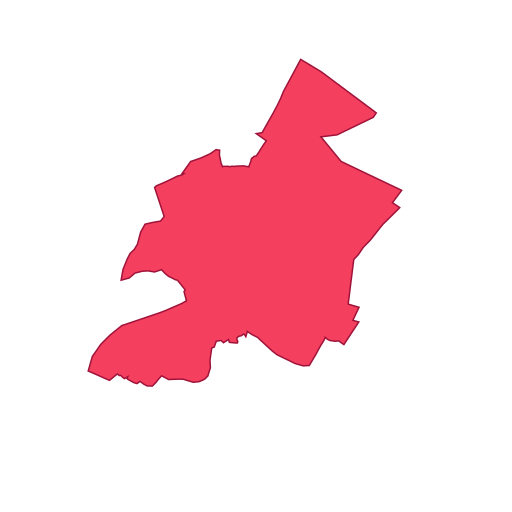 the district of Morogoro Urban, Morogoro, United Republic of Tanzania, rotated 34°
{"feature_id": "72390352B88942039906388", "entity_name": "Morogoro Urban", "entity_type": "district", "adm_level": 2, "iso_a3": "TZA", "parent_name": "United Republic of Tanzania", "parent_adm1": "Morogoro", "projection": "orthographic", "projection_center": [37.659, -6.786], "detail": "fine", "context": "isolated", "style": "filled", "palette": "rose", "viewbox_px": 512, "rotation_deg": 34, "n_neighbors": 0, "source": "geoboundaries", "source_scale": "gbopen_adm2", "svg_char_len": 3368}
<svg xmlns="http://www.w3.org/2000/svg" viewBox="0 0 512 512"><g transform="rotate(34 256 256)"><path d="M275.7,70.1L207.2,66.8L183.1,68.0L184.0,77.0L186.7,103.9L187.5,108.0L188.3,111.6L189.4,119.2L190.3,127.8L191.3,140.7L192.1,150.3L187.8,154.4L200.1,154.7L200.0,158.8L200.1,163.6L200.1,165.5L200.3,168.1L200.2,169.5L200.3,172.7L199.5,173.6L198.5,174.8L198.5,175.9L197.9,176.9L197.9,177.6L198.0,178.8L198.5,179.7L198.9,180.9L198.9,181.2L199.4,183.0L199.8,185.0L200.2,186.1L197.8,187.1L195.9,188.0L194.7,188.6L192.9,190.0L190.9,191.4L188.7,193.1L188.1,193.8L187.3,194.2L186.0,194.9L184.2,196.7L182.6,197.3L180.5,198.8L179.2,199.6L178.3,200.7L174.8,198.3L171.9,195.3L169.6,193.2L168.1,191.0L166.7,188.6L163.4,190.2L160.8,196.9L155.6,205.4L149.6,213.4L149.0,214.1L148.9,217.0L148.8,220.9L148.6,228.9L150.1,228.0L149.5,229.7L149.4,230.0L146.1,233.8L142.8,239.6L138.9,246.2L136.5,249.9L134.2,253.4L134.2,253.5L133.6,255.9L157.8,274.6L157.3,280.5L155.7,282.0L151.0,286.5L146.2,291.7L147.0,300.7L148.2,304.2L151.1,312.5L151.4,318.6L150.7,321.9L150.2,324.1L150.5,326.9L150.9,330.4L151.4,332.8L152.6,338.4L153.2,341.3L155.1,345.7L157.7,351.5L163.2,345.1L164.0,342.3L165.2,337.9L168.8,333.8L170.4,332.1L171.4,331.3L175.0,328.6L180.1,326.3L180.7,326.1L182.6,323.7L185.3,320.2L190.2,321.3L193.0,321.6L195.5,321.7L197.6,321.3L200.4,321.0L202.3,320.8L204.4,320.0L211.2,322.1L216.3,323.7L216.3,323.8L216.2,325.7L216.7,326.1L216.8,326.3L218.1,327.4L222.2,331.0L223.3,332.0L223.3,331.9L223.4,332.0L222.9,333.0L220.8,337.2L210.8,352.8L207.6,357.3L199.9,367.4L196.9,371.4L190.4,379.9L183.7,388.6L183.4,389.5L179.3,402.8L178.3,407.8L176.7,416.2L176.6,426.7L176.5,429.0L176.5,430.8L178.5,437.0L180.7,443.6L181.2,445.2L188.1,443.9L201.7,441.5L204.1,441.0L207.0,431.3L209.5,431.6L210.5,430.6L213.0,431.1L215.4,431.3L217.2,427.8L217.5,429.7L219.1,429.9L225.5,429.3L228.7,428.3L230.0,424.8L234.4,425.0L238.4,424.6L241.2,422.8L242.8,421.8L243.7,417.1L244.0,413.2L244.7,408.2L244.9,408.1L252.6,407.3L260.9,401.2L264.5,398.9L271.3,396.8L274.5,395.8L275.5,395.0L278.9,392.2L281.0,389.1L282.3,386.8L282.6,385.4L283.2,382.4L282.8,381.2L281.7,377.7L280.7,374.2L276.0,367.9L274.8,365.4L270.7,356.9L272.3,354.9L270.7,348.8L274.0,345.9L274.4,345.5L277.5,346.1L279.9,340.6L282.2,342.5L284.1,341.5L287.0,339.9L289.1,338.7L288.9,337.3L286.6,335.6L285.9,334.5L286.8,332.0L288.5,330.2L289.4,327.6L289.5,327.5L290.5,327.6L292.7,328.6L291.1,323.6L291.0,323.4L291.3,323.4L296.6,323.4L302.7,322.6L303.6,322.7L305.0,323.0L322.7,325.7L328.7,326.1L328.8,326.1L333.5,325.4L340.5,324.4L342.3,324.1L344.2,323.9L348.5,323.3L356.5,320.7L361.4,317.0L361.3,314.9L360.9,308.2L360.7,304.2L360.1,298.4L359.7,294.1L359.7,293.0L359.6,289.8L359.4,287.1L358.8,284.7L361.1,285.1L362.8,285.0L365.3,284.5L366.4,283.7L368.9,282.7L370.2,281.6L372.3,280.0L373.5,280.2L377.0,280.3L377.7,280.3L378.4,280.3L378.4,280.2L378.2,263.5L378.2,259.4L378.1,253.2L372.3,255.2L370.8,245.6L370.1,240.9L364.2,242.8L359.3,244.3L356.3,238.3L353.8,233.4L353.0,231.8L351.7,229.3L350.9,227.7L349.2,224.4L347.5,221.0L339.0,204.2L340.1,197.8L340.1,197.4L340.1,188.9L341.9,178.9L342.3,174.0L343.3,160.2L343.4,159.8L343.4,159.1L344.5,153.8L345.3,149.8L347.9,136.8L348.1,135.5L339.3,135.5L340.0,121.4L340.0,120.1L294.7,126.9L273.7,130.0L243.2,120.9L255.5,110.2L258.2,105.5L275.7,75.4L275.7,70.1Z" fill="#f43f5e" stroke="#9f1239" stroke-width="1.5"/></g></svg>